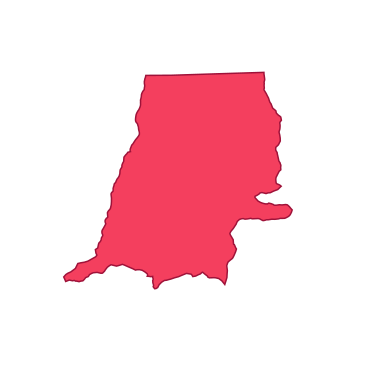 outline of Pemathang, Samdrup Jongkhar, Bhutan, rotated 209°
{"feature_id": "84629894B34482076468426", "entity_name": "Pemathang", "entity_type": "district", "adm_level": 2, "iso_a3": "BTN", "parent_name": "Bhutan", "parent_adm1": "Samdrup Jongkhar", "projection": "robinson", "projection_center": [91.762, 26.895], "detail": "fine", "context": "isolated", "style": "filled", "palette": "rose", "viewbox_px": 384, "rotation_deg": 209, "n_neighbors": 0, "source": "geoboundaries", "source_scale": "gbopen_adm2", "svg_char_len": 4708}
<svg xmlns="http://www.w3.org/2000/svg" viewBox="0 0 384 384"><g transform="rotate(209 192 192)"><path d="M118.5,127.0L119.2,130.5L120.0,134.1L121.7,137.6L122.9,140.3L125.9,144.4L126.2,146.0L126.4,147.0L126.5,148.3L126.0,149.7L125.4,151.3L124.6,153.1L124.4,153.9L124.4,155.3L124.5,157.0L124.9,160.9L125.5,163.7L126.6,164.3L127.7,165.1L128.8,166.0L129.5,166.5L130.2,166.4L131.1,167.6L132.9,170.3L134.0,170.9L135.3,171.7L137.6,173.0L138.8,174.0L138.9,176.4L138.5,178.5L138.2,180.1L137.8,185.3L138.0,186.6L138.1,188.3L137.6,189.8L137.2,191.0L135.8,192.5L134.3,193.6L133.4,193.7L132.4,194.0L130.5,195.3L129.4,196.2L127.8,197.5L126.4,197.7L123.3,199.6L121.4,200.8L120.0,201.3L117.7,201.3L116.0,201.4L114.7,202.4L113.3,203.9L111.8,204.7L109.0,206.9L106.3,208.3L103.2,210.5L102.1,211.7L99.9,212.9L98.1,214.0L97.1,215.3L96.0,217.0L95.5,218.0L95.1,219.7L95.2,222.5L95.7,224.9L97.5,225.5L99.7,226.4L102.3,227.0L103.9,226.5L105.9,225.1L107.0,224.3L109.4,223.2L112.0,221.2L113.7,220.3L114.6,220.5L117.0,220.2L119.5,219.5L120.2,218.2L122.0,217.2L124.5,216.5L126.9,216.1L129.8,216.1L133.0,217.2L134.3,217.7L134.8,218.8L133.5,220.7L132.4,222.7L132.0,224.2L130.6,225.4L128.2,226.1L126.5,226.5L125.1,228.1L123.2,229.3L121.1,232.3L118.2,235.7L116.8,240.3L118.3,240.6L119.1,240.6L120.5,240.5L121.7,240.3L122.5,240.5L123.1,241.1L124.1,242.5L124.8,243.6L125.5,245.2L125.6,246.1L125.6,247.0L125.7,248.5L125.8,251.6L125.8,252.6L125.5,253.3L125.1,254.4L125.5,255.2L125.9,255.7L126.5,256.7L126.8,257.5L127.1,258.2L127.6,258.8L128.6,259.6L129.1,260.2L129.9,260.6L130.8,261.1L131.4,261.6L132.3,262.7L133.2,263.7L134.0,264.6L134.7,265.4L135.8,266.6L136.7,267.8L137.9,268.5L139.0,269.1L140.4,271.6L139.3,275.2L139.5,279.4L141.0,281.9L143.0,284.5L144.5,286.1L145.0,286.7L145.7,289.7L146.6,291.7L147.4,293.2L148.8,295.0L148.9,296.0L148.6,298.1L150.7,300.6L152.3,301.0L153.4,301.0L156.2,301.8L156.9,302.3L157.9,303.6L159.4,304.0L161.9,304.4L163.0,305.2L165.7,307.5L167.3,308.2L168.8,309.5L170.7,311.3L172.7,312.6L174.7,314.0L176.6,315.1L178.2,316.0L179.0,316.9L179.1,317.9L180.2,319.5L180.8,320.5L181.3,321.7L182.2,323.0L182.8,325.3L183.4,326.3L184.6,327.9L185.1,328.6L186.2,330.0L187.1,331.5L189.1,330.3L195.8,326.3L226.9,307.8L266.8,284.0L288.9,271.6L288.3,269.6L288.1,268.2L287.6,266.7L287.3,265.6L286.2,263.7L285.2,262.5L284.7,261.7L284.1,259.8L283.4,258.4L283.7,257.1L283.8,255.8L283.7,254.0L283.4,252.6L282.6,250.9L282.1,249.4L281.6,247.4L280.9,246.3L280.3,245.1L279.4,243.6L278.9,242.3L278.6,240.7L278.4,238.1L278.6,236.8L278.6,234.5L278.4,232.8L278.0,231.5L277.2,229.4L276.6,228.1L275.8,226.8L274.6,225.9L272.9,225.3L272.0,224.4L270.4,222.9L269.2,221.1L268.7,220.5L267.0,218.7L266.0,217.0L265.9,215.2L266.2,212.9L266.7,210.3L266.9,207.6L267.0,205.5L267.4,204.0L267.3,202.7L267.1,201.6L266.9,199.8L266.2,198.2L265.4,197.5L267.4,195.6L267.5,194.0L268.0,192.2L268.3,190.2L268.4,189.5L267.2,186.9L266.6,185.6L266.6,183.5L266.3,181.5L265.5,180.0L265.5,177.8L265.6,177.0L265.2,175.6L264.0,173.1L263.4,170.5L263.5,168.7L263.8,166.9L263.7,165.3L263.4,163.2L263.8,162.2L263.9,161.2L263.4,160.0L263.1,158.3L262.7,156.8L261.9,155.5L261.5,154.4L261.6,153.7L262.0,152.7L262.0,151.5L261.6,150.6L259.5,147.7L257.8,144.6L256.4,141.6L255.4,138.1L255.5,136.7L255.9,135.3L256.0,134.2L255.9,132.8L255.3,131.9L254.7,131.0L253.5,129.2L253.7,128.3L254.2,127.4L254.2,126.5L254.3,125.3L253.8,124.2L252.8,123.0L252.0,122.4L251.9,121.4L251.9,117.3L252.0,114.9L251.6,113.7L250.8,112.4L249.4,111.3L248.9,110.5L248.9,109.4L249.0,108.3L248.8,107.5L248.2,105.9L248.2,104.2L248.7,102.3L248.5,101.1L247.3,97.3L248.6,94.8L246.4,92.0L244.6,90.7L244.8,88.7L249.5,81.1L252.1,78.4L254.9,76.2L257.2,74.1L257.0,70.2L256.9,68.7L257.3,67.7L259.3,63.3L261.2,60.8L262.3,58.7L263.0,55.5L260.6,53.7L259.1,52.5L256.6,55.5L253.5,56.4L252.1,57.6L250.6,57.6L249.8,58.1L247.3,58.8L246.1,60.1L244.4,61.4L243.8,63.4L243.5,65.6L241.7,67.8L241.6,70.1L240.2,72.3L239.2,73.5L236.0,75.7L232.2,76.8L230.9,77.7L230.1,80.4L230.1,81.7L229.6,85.1L228.7,87.1L227.6,89.1L222.1,90.6L219.9,92.7L217.8,95.0L215.7,95.3L211.4,95.7L206.5,96.2L203.6,96.3L202.5,97.3L200.3,98.6L197.6,99.4L194.7,99.3L191.5,98.8L190.5,97.8L190.3,96.6L188.7,97.4L187.1,97.9L185.5,99.1L185.0,98.2L184.0,97.4L183.6,96.7L183.4,95.4L182.8,94.6L182.2,93.6L181.1,92.6L180.2,91.5L180.0,90.3L178.7,89.7L177.7,89.3L176.6,90.2L175.7,91.8L175.8,95.4L175.2,96.7L175.1,97.9L173.3,101.2L171.5,102.5L169.8,104.2L168.4,105.5L165.6,108.6L162.7,111.4L160.7,114.0L157.4,118.1L153.0,119.7L151.5,119.2L150.3,118.4L148.0,120.3L146.3,122.8L145.0,124.3L144.3,126.4L143.8,127.0L141.4,126.5L137.7,125.9L136.7,125.2L135.1,125.4L131.3,127.7L129.8,128.4L126.6,129.3L122.9,128.8L118.5,127.0Z" fill="#f43f5e" stroke="#9f1239" stroke-width="1.5"/></g></svg>